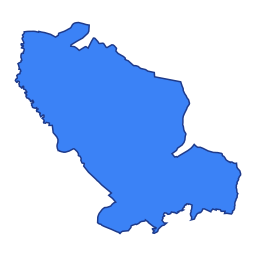 the district of Branesti, Dâmbovita, Romania
{"feature_id": "2599482B82394279234380", "entity_name": "Branesti", "entity_type": "district", "adm_level": 2, "iso_a3": "ROU", "parent_name": "Romania", "parent_adm1": "Dâmbovita", "projection": "equal_earth", "projection_center": [25.411, 45.045], "detail": "fine", "context": "isolated", "style": "filled", "palette": "blue", "viewbox_px": 256, "rotation_deg": 0, "n_neighbors": 0, "source": "geoboundaries", "source_scale": "gbopen_adm2", "svg_char_len": 5708}
<svg xmlns="http://www.w3.org/2000/svg" viewBox="0 0 256 256"><path d="M231.9,162.0L230.8,162.1L230.3,162.5L229.9,161.9L229.5,162.0L229.0,161.6L228.4,161.6L228.0,161.1L226.6,160.3L225.9,159.6L225.5,159.0L225.4,158.5L224.2,156.8L223.6,156.2L222.5,155.8L222.4,155.6L222.2,154.0L221.5,153.4L217.7,152.6L213.3,152.4L208.1,150.9L202.9,148.3L200.4,147.3L197.6,147.3L195.6,145.8L194.2,144.4L192.6,146.5L190.9,148.3L188.0,150.5L178.9,155.9L177.2,157.1L176.4,156.6L174.7,157.0L172.0,153.7L176.5,150.4L177.6,148.1L182.1,145.0L184.0,142.4L184.9,139.8L185.2,136.5L185.9,134.1L185.7,133.4L184.4,131.4L183.8,129.7L183.3,126.3L182.7,124.8L182.9,122.5L182.9,118.4L183.3,116.1L184.5,113.3L186.7,108.9L187.2,107.3L189.2,104.4L189.5,103.3L188.6,99.9L186.9,97.6L186.2,95.9L184.7,93.7L183.3,90.7L183.1,88.5L182.0,85.8L180.7,81.8L154.6,76.8L154.3,72.5L147.8,71.1L145.6,69.6L140.6,68.4L138.1,66.4L135.9,65.7L133.6,65.6L128.1,60.7L126.8,60.3L125.1,59.4L125.3,58.2L123.6,56.6L118.1,53.5L115.9,51.0L116.5,48.3L114.4,45.9L113.2,45.0L111.8,44.8L107.0,47.6L106.1,47.2L103.7,43.6L102.9,43.2L99.6,43.5L98.8,43.2L97.9,41.6L95.0,38.4L94.3,38.1L93.4,38.1L91.5,41.3L88.1,48.1L85.9,46.6L84.9,46.9L79.2,50.4L76.8,48.2L74.5,46.7L70.8,46.2L71.1,44.8L77.5,40.9L82.6,38.1L87.8,33.3L88.8,31.2L89.2,25.1L85.9,24.5L83.4,23.7L78.5,22.5L76.3,22.7L74.9,23.0L73.5,23.7L72.5,24.7L70.9,27.6L70.1,28.2L64.3,31.3L58.9,33.2L58.6,33.6L58.3,35.3L55.5,37.1L50.7,34.4L44.7,32.6L41.7,32.1L38.8,31.4L38.6,32.2L35.1,31.4L33.3,31.3L27.6,31.4L24.4,31.8L24.2,31.8L24.2,33.1L23.7,33.9L22.5,35.0L22.6,35.6L23.3,36.6L23.2,37.1L22.2,38.0L22.1,38.3L22.2,39.0L23.6,41.9L23.8,42.7L23.7,43.4L23.2,43.9L21.4,43.7L21.1,44.1L21.1,44.5L21.2,45.0L21.6,45.4L23.0,45.6L23.4,45.9L23.4,46.1L22.7,46.7L21.6,47.4L21.5,47.9L22.1,48.1L23.1,48.1L23.7,48.5L24.2,49.5L24.1,50.2L23.6,51.8L23.1,52.2L23.4,53.0L23.3,53.3L21.5,53.5L21.0,55.0L20.9,57.3L21.2,57.8L21.8,60.3L21.0,60.9L21.1,61.7L19.8,62.6L19.0,62.9L17.9,63.8L18.4,64.5L19.4,68.5L19.3,68.8L18.9,69.0L18.9,69.3L20.3,69.4L20.7,70.5L20.8,71.3L20.2,71.9L19.9,73.7L18.1,74.3L16.8,75.5L17.3,77.3L17.2,78.3L15.9,79.2L15.4,80.3L15.4,80.7L16.7,82.3L17.2,82.2L17.8,81.1L18.5,81.2L19.2,81.6L19.4,82.3L18.9,83.9L19.3,85.0L19.4,86.3L20.5,86.8L21.7,88.1L22.1,87.9L22.3,86.9L22.7,86.5L23.0,86.2L23.5,86.3L23.7,87.1L23.5,88.3L23.9,89.3L24.8,89.4L25.6,89.9L26.4,91.4L26.8,91.8L26.8,92.2L26.5,92.6L25.2,92.2L24.8,92.5L25.1,93.4L26.7,94.8L26.8,95.0L25.9,96.0L26.7,97.8L28.9,98.6L29.2,99.5L30.1,99.9L30.6,101.5L30.8,101.5L32.5,100.3L32.8,100.4L32.4,101.2L32.6,101.4L33.1,101.3L33.5,101.6L33.6,102.3L33.2,102.8L31.7,103.1L31.4,103.4L31.8,104.2L31.6,105.2L32.1,105.8L32.5,107.2L33.2,107.7L35.2,108.2L35.5,108.2L36.6,107.7L36.8,108.5L37.1,108.8L38.0,109.0L37.8,109.5L36.7,109.8L36.5,110.4L36.6,111.1L36.8,111.5L37.3,111.5L40.0,112.8L40.3,113.5L39.7,114.0L40.7,116.7L42.0,116.0L42.5,115.3L43.3,115.0L43.9,115.2L44.0,115.8L43.9,117.2L42.5,117.8L42.1,118.3L43.6,119.5L44.3,121.1L43.5,122.1L43.7,122.9L45.5,123.2L46.5,122.4L47.6,122.7L48.2,122.7L49.4,123.2L49.0,125.4L52.3,125.4L53.2,132.6L56.9,137.0L58.0,139.5L57.9,142.2L57.2,144.5L57.0,146.1L57.3,148.2L58.2,150.6L59.4,150.7L59.6,151.1L61.5,151.7L63.9,152.2L65.6,152.1L69.2,151.0L73.4,148.8L74.2,148.9L74.9,149.4L77.3,151.7L78.5,153.9L78.3,155.2L78.5,155.7L80.0,156.2L81.1,158.3L81.1,159.4L80.8,160.1L81.9,162.7L82.2,163.1L84.0,163.3L84.3,163.8L83.7,166.1L88.5,172.2L95.8,179.1L97.5,180.9L98.2,181.3L101.7,184.9L111.4,193.0L108.7,195.3L112.6,198.5L115.7,202.1L113.8,202.9L112.2,204.3L110.7,206.1L107.0,207.4L104.5,207.6L102.3,209.3L99.2,213.4L98.4,215.2L97.8,217.1L97.6,222.7L99.2,223.9L101.0,224.3L101.8,225.2L104.2,226.4L111.6,229.4L116.9,231.8L119.2,232.5L119.4,233.2L120.0,233.5L121.3,232.0L122.5,231.3L128.4,230.7L130.9,227.5L131.1,226.0L131.3,225.7L135.4,224.2L136.5,224.5L138.9,223.3L139.9,222.3L141.3,221.5L144.9,221.0L145.3,220.5L145.4,219.9L147.7,221.6L148.3,222.1L148.3,222.5L153.9,226.9L155.4,227.4L156.1,227.9L155.6,228.7L152.5,228.7L152.6,229.6L154.3,230.9L153.0,232.3L153.5,232.8L153.3,233.1L154.2,233.3L156.9,232.0L157.5,231.5L157.9,230.9L158.2,229.4L160.4,227.1L162.4,225.5L164.0,225.2L166.5,223.1L164.1,223.0L162.0,220.4L163.0,218.3L162.6,217.5L162.7,217.1L164.5,216.0L164.6,215.8L163.8,215.4L163.5,215.0L163.7,214.0L164.5,212.8L166.7,213.2L167.3,214.0L167.9,214.3L169.1,214.2L170.7,213.5L171.4,212.0L173.9,212.5L174.1,212.3L174.7,212.7L175.6,212.8L176.2,213.4L176.8,213.4L178.6,212.1L178.1,211.8L179.6,211.0L180.7,210.6L181.1,210.8L181.8,210.5L182.1,210.7L183.4,210.0L182.2,209.7L183.0,208.2L184.2,207.1L184.0,206.9L184.3,206.2L185.4,204.8L185.9,205.0L186.6,204.2L186.6,203.9L187.1,203.7L188.4,204.3L188.7,203.9L189.6,204.1L192.0,205.0L192.1,205.6L191.8,206.6L191.9,207.3L191.6,209.3L191.1,210.3L191.0,210.9L191.2,211.5L190.4,213.8L190.6,215.1L191.0,216.1L191.5,216.5L191.6,217.0L191.5,218.8L191.8,219.4L191.4,219.8L194.3,219.1L194.5,218.9L195.3,216.8L195.7,216.4L196.3,215.1L197.3,213.7L198.1,213.2L199.3,212.9L199.4,212.4L200.5,212.6L201.8,211.2L202.5,209.8L202.6,209.1L204.2,208.8L210.8,211.8L211.0,211.1L212.8,209.0L216.1,210.1L216.1,209.1L220.4,209.7L221.0,210.9L221.1,211.3L225.1,211.3L224.5,213.5L226.9,213.3L231.4,214.0L231.9,213.5L232.6,212.3L232.5,211.2L233.8,210.1L234.5,208.7L234.6,207.4L234.4,206.8L234.9,205.8L234.8,203.1L235.2,201.6L236.0,199.9L236.1,199.1L237.1,197.3L237.2,195.5L237.5,194.2L237.9,193.7L237.1,192.6L236.9,192.1L236.7,189.3L236.2,187.7L236.4,186.3L236.3,185.7L236.5,184.7L237.1,183.8L237.2,183.0L237.0,182.6L237.1,182.1L238.5,179.8L238.6,179.5L238.4,178.5L239.0,177.7L239.1,177.1L239.5,176.4L240.6,175.0L240.6,173.6L239.8,170.8L237.7,168.5L236.9,167.2L236.5,163.2L235.7,163.4L234.0,163.2L231.9,162.0Z" fill="#3b82f6" stroke="#1e3a8a" stroke-width="1.5"/></svg>